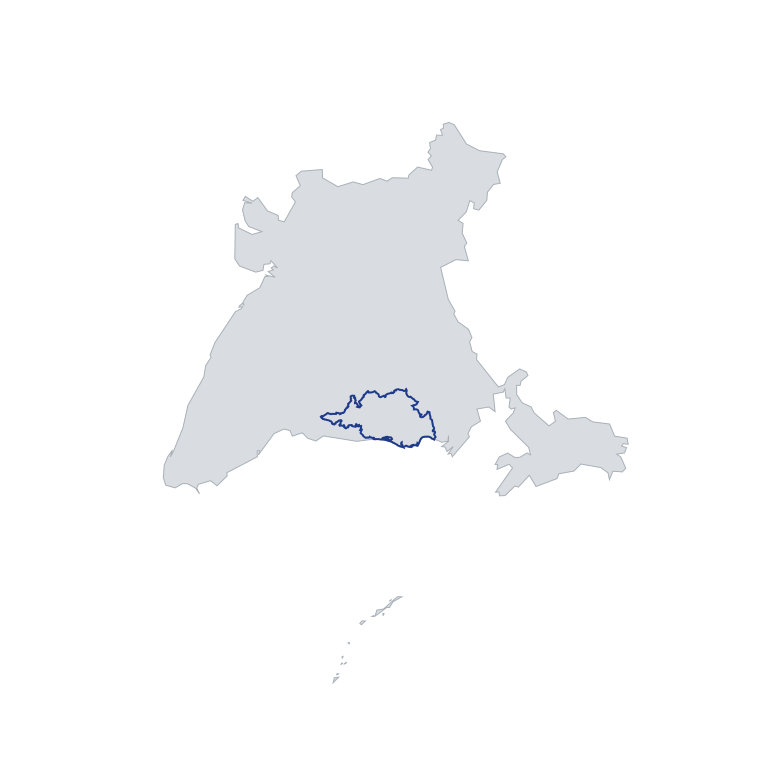 where Odisha sits in India, rotated 45°
{"feature_id": "IND-2444", "entity_name": "Odisha", "entity_type": "State", "adm_level": 1, "iso_a3": "IND", "parent_name": "India", "parent_adm1": "", "projection": "mercator", "projection_center": [83.889, 20.172], "detail": "fine", "context": "in_parent", "style": "outline", "palette": "blue", "viewbox_px": 768, "rotation_deg": 45, "n_neighbors": 0, "source": "natural_earth", "source_scale": "10m", "svg_char_len": 9790}
<svg xmlns="http://www.w3.org/2000/svg" viewBox="0 0 768 768"><g transform="rotate(45 384 384)"><path d="M153.3,349.4L162.1,347.5L163.0,341.4L179.2,344.0L190.0,339.7L193.6,342.8L198.8,339.9L192.6,317.8L186.5,317.1L183.9,313.6L184.6,303.0L174.5,298.9L175.0,292.1L188.7,276.0L194.9,281.7L211.9,277.1L219.3,262.9L228.2,257.9L235.8,241.5L242.6,238.6L244.0,232.3L255.6,221.3L253.8,218.5L254.4,206.8L266.5,199.3L265.1,196.4L256.4,194.1L256.1,189.2L251.2,189.0L250.4,184.8L245.6,181.0L248.0,175.0L245.2,170.9L249.5,166.7L244.1,164.2L245.1,161.1L242.3,158.4L245.0,153.1L250.3,151.0L272.6,156.0L286.6,151.5L305.7,136.8L309.5,137.2L309.0,141.6L314.0,154.0L324.2,159.9L320.4,165.4L321.5,175.2L326.8,181.4L328.1,194.0L323.4,196.7L319.9,192.2L315.0,193.6L320.5,204.2L320.6,215.9L326.4,214.5L332.5,222.0L342.9,225.8L343.5,229.9L356.5,237.3L346.9,245.2L341.6,261.5L369.8,278.8L382.8,282.3L383.7,285.1L392.5,287.7L405.2,285.6L413.4,289.0L414.6,293.6L423.4,298.7L428.6,297.1L432.2,301.3L467.0,305.2L469.6,299.2L466.8,291.9L469.3,277.4L476.2,274.8L479.8,276.3L478.9,285.0L481.2,288.7L478.7,291.2L485.2,297.6L495.0,299.6L504.2,296.2L510.4,298.3L530.3,296.9L531.6,289.1L523.9,284.4L524.5,280.8L539.0,278.6L550.1,265.1L558.2,263.3L571.8,252.8L583.9,257.8L594.2,250.4L599.2,253.9L595.5,257.0L595.8,259.9L600.5,257.5L602.8,262.7L598.1,269.1L603.1,268.2L614.5,272.6L614.7,277.6L607.5,283.9L611.0,292.2L605.2,288.4L596.6,289.7L579.8,301.4L579.9,311.2L571.1,323.9L573.2,328.6L564.0,349.0L551.3,345.8L551.9,361.9L548.7,363.6L548.5,377.3L544.7,381.4L541.7,379.0L539.4,381.6L534.2,352.4L529.2,352.3L524.3,364.5L521.4,360.7L519.5,362.3L517.1,354.1L520.3,345.3L528.4,343.5L531.9,339.8L533.9,331.6L537.7,330.5L531.1,326.5L505.6,326.7L496.1,324.4L495.9,313.0L493.5,308.2L491.6,311.9L488.7,311.9L483.2,304.7L480.2,307.5L472.9,302.0L474.0,305.5L468.4,313.9L482.1,325.0L474.3,326.2L467.4,336.0L478.5,342.1L476.0,352.5L478.5,359.8L481.7,360.9L483.7,387.2L480.6,385.6L478.8,388.3L477.2,379.2L476.3,387.1L471.6,385.4L469.0,387.5L470.2,378.9L466.1,374.9L469.6,379.2L466.2,384.2L452.8,389.8L449.0,394.2L450.8,403.3L447.3,409.9L441.4,415.0L439.3,414.3L438.8,416.9L428.7,420.3L427.6,417.0L423.5,419.2L422.5,422.0L426.6,421.4L416.0,429.8L405.4,443.7L377.8,463.6L376.2,472.5L368.4,476.3L360.8,476.2L356.0,485.7L350.7,483.4L345.1,486.5L341.3,496.9L345.3,522.8L343.0,519.1L341.5,520.9L345.9,524.9L335.6,558.0L338.1,559.9L337.9,574.0L329.7,575.0L323.7,586.1L325.0,589.9L331.2,592.1L324.4,590.9L315.5,593.5L311.9,597.0L309.8,605.1L301.2,609.9L294.1,606.2L286.0,596.8L282.4,588.0L281.1,580.3L284.5,586.6L282.7,580.4L272.8,557.2L260.5,537.8L251.6,506.4L244.8,496.9L242.9,487.3L240.5,486.5L235.1,474.1L227.8,437.9L229.8,431.6L229.3,429.4L227.1,432.3L226.6,430.6L226.8,426.9L229.6,427.3L226.4,425.9L224.5,418.0L228.1,403.8L223.8,392.0L225.6,390.3L223.6,390.4L231.5,385.5L222.5,386.4L225.0,381.7L222.2,381.7L222.7,378.5L226.7,377.3L216.8,376.7L218.3,379.7L214.5,384.3L218.0,389.2L214.2,395.6L198.5,402.7L190.0,401.0L166.0,376.3L167.3,373.8L170.9,376.4L185.1,371.5L190.0,362.6L177.0,368.3L170.2,366.7L160.8,360.9L157.3,354.3L162.9,349.4L154.4,353.9L153.3,349.4ZM541.8,554.4L538.8,549.0L542.8,543.3L543.9,524.9L547.1,521.9L544.3,531.7L546.0,538.2L544.0,539.9L541.8,554.4ZM559.2,623.4L559.3,631.2L556.6,626.9L559.2,623.4ZM538.3,570.2L536.2,570.4L535.9,567.1L538.4,564.7L538.3,570.2ZM552.1,610.9L551.9,613.2L551.4,611.1L552.1,610.9ZM554.6,607.8L553.7,610.8L554.0,607.6L554.6,607.8ZM557.1,620.6L556.2,623.0L555.6,622.1L557.1,620.6ZM543.1,592.4L541.7,592.6L542.4,591.3L543.1,592.4ZM541.2,555.6L539.8,556.8L540.5,554.9L541.2,555.6ZM546.4,546.3L547.1,548.6L545.4,546.9L546.4,546.3ZM548.4,607.2L547.2,606.8L547.7,605.6L548.4,607.2ZM541.9,531.6L541.2,534.0L541.6,531.4L541.9,531.6Z" fill="#d9dde1" stroke="#a8b0b8" stroke-width="1"/><path d="M458.8,387.8L456.6,388.7L455.9,388.9L455.3,388.7L454.4,388.9L453.0,389.6L452.2,390.2L449.9,392.7L449.1,393.9L448.7,395.3L448.8,396.9L450.7,401.5L450.5,402.0L449.9,401.9L449.3,402.0L449.5,402.3L449.8,402.4L451.0,402.5L451.2,402.9L451.2,403.2L451.1,403.3L450.6,403.1L450.3,403.4L451.0,403.6L451.2,403.8L451.9,403.4L451.3,404.1L450.9,404.4L450.0,404.7L447.3,406.9L446.9,407.9L446.8,408.9L447.6,408.4L447.9,408.6L448.0,407.8L448.2,408.2L447.6,409.4L446.4,410.2L446.5,410.4L447.4,409.9L445.3,411.2L443.5,411.8L443.2,412.1L442.8,413.6L441.6,414.8L441.8,415.1L442.2,415.2L441.7,415.4L440.9,415.0L439.8,414.0L438.7,414.0L438.1,413.4L438.0,412.9L437.8,412.7L437.7,413.1L438.1,413.9L439.1,414.6L440.0,414.7L440.4,415.4L441.3,415.7L439.7,416.7L436.8,417.8L436.3,417.6L435.9,417.8L433.0,418.6L432.1,419.1L431.2,419.1L429.5,419.9L429.7,419.7L429.3,419.7L428.3,420.4L426.8,420.8L426.7,420.4L426.4,420.3L426.3,420.1L427.8,419.5L427.7,420.0L428.7,419.4L428.5,419.2L428.6,417.2L427.1,416.8L426.6,416.9L424.6,418.6L423.8,418.9L423.1,419.6L422.8,420.1L422.9,420.5L422.6,420.7L422.4,421.3L421.8,421.9L421.8,422.2L422.0,422.5L421.5,422.7L421.2,423.1L421.3,423.4L421.6,423.2L421.6,423.4L421.6,423.9L422.0,423.6L422.8,423.3L422.7,422.6L423.0,422.8L423.3,422.6L422.6,422.3L422.6,422.2L423.0,422.2L423.5,421.7L423.3,421.3L423.5,420.9L424.5,421.2L425.1,420.6L425.7,420.6L425.8,420.4L426.0,420.7L426.0,421.1L425.7,421.3L425.6,421.6L424.9,421.9L424.8,421.6L424.6,421.5L424.5,422.0L424.2,421.9L424.4,422.1L424.4,422.3L424.8,422.3L428.7,420.4L424.9,422.3L422.4,424.0L420.7,425.7L419.5,426.5L417.6,428.3L416.3,429.9L416.1,430.0L415.8,429.3L414.8,429.2L414.6,429.4L414.6,430.1L414.4,430.4L413.9,430.3L412.7,430.8L412.1,431.4L411.2,431.4L411.3,431.9L411.1,432.3L411.2,432.6L411.1,432.8L410.5,433.5L410.0,433.6L409.3,434.8L408.8,435.1L407.8,435.2L406.3,435.5L404.9,435.0L403.7,435.2L402.2,435.2L401.9,434.9L401.5,434.3L400.6,431.9L400.2,431.8L399.8,431.9L399.7,432.3L399.8,432.8L399.6,433.1L399.1,431.7L398.2,430.7L397.6,429.8L397.4,429.8L397.1,430.6L396.5,431.1L396.2,431.8L395.9,431.8L395.7,431.1L395.3,430.7L395.2,430.9L395.3,431.6L395.1,431.9L395.2,432.2L395.1,432.5L394.7,432.5L393.4,431.9L392.7,432.1L392.7,432.3L393.1,433.1L393.4,433.5L393.9,433.7L394.2,434.1L394.2,434.4L393.2,434.9L392.0,435.9L391.1,436.3L390.3,435.8L390.0,436.0L389.0,437.3L388.4,437.9L388.3,438.8L388.7,439.6L389.2,439.6L389.3,439.9L388.5,440.9L388.4,441.1L388.6,441.7L388.6,442.1L388.4,442.3L387.9,442.3L387.2,442.7L386.4,442.7L386.2,442.6L386.2,442.0L386.0,441.8L385.0,441.4L384.7,441.5L384.6,442.5L384.3,442.9L382.7,443.8L382.4,444.6L382.2,444.8L381.5,444.6L381.3,444.4L381.3,443.9L381.6,443.2L381.4,442.8L380.5,442.0L380.2,441.6L380.1,440.1L379.1,440.0L378.6,440.8L378.0,441.6L377.9,442.5L377.7,443.2L377.8,443.8L377.1,445.2L377.1,445.5L377.7,446.0L377.8,446.3L377.4,446.8L377.5,447.5L377.4,447.9L376.5,447.9L375.9,448.7L375.0,448.6L374.2,448.0L373.6,447.8L372.8,447.9L372.1,448.4L370.9,448.6L369.4,449.6L368.0,450.3L367.5,450.9L366.7,451.1L365.5,452.0L364.4,451.5L363.9,452.1L362.5,451.8L362.6,450.6L362.8,450.5L363.1,450.7L363.3,450.6L363.5,449.9L363.8,449.3L364.0,447.8L364.3,447.2L364.6,445.9L364.4,445.3L364.9,444.2L366.5,443.7L367.0,443.1L367.9,442.8L368.8,441.3L369.7,440.7L370.4,439.8L371.3,439.2L371.2,438.7L370.7,438.4L370.6,438.0L371.2,437.8L372.0,436.9L373.2,436.6L373.7,435.8L374.3,436.2L374.6,435.4L374.8,434.0L375.1,433.6L375.6,433.4L375.7,433.0L375.7,431.7L375.3,431.0L375.2,430.4L374.7,429.9L374.8,429.2L374.4,428.2L374.5,427.6L374.9,426.6L374.3,426.0L374.8,425.5L374.8,425.1L374.5,424.8L373.8,424.6L373.4,423.7L372.7,423.5L372.6,423.3L372.8,421.2L372.6,420.3L372.7,419.1L372.5,418.8L371.5,418.6L371.0,417.7L369.5,416.8L369.2,416.2L369.3,415.7L370.0,414.4L370.5,414.1L371.3,413.4L372.3,414.4L372.5,415.0L372.9,414.9L373.2,414.2L373.4,414.2L374.5,415.1L374.7,415.5L375.4,415.5L375.6,415.6L376.7,417.9L377.0,418.1L377.5,417.3L377.8,417.1L379.7,417.3L380.5,417.7L381.3,417.8L381.2,419.1L381.5,419.0L383.3,417.8L383.4,417.6L383.0,416.9L383.2,415.7L383.1,415.1L382.5,415.1L381.8,415.4L381.1,414.8L380.0,414.8L378.7,414.0L378.7,413.6L379.0,412.2L378.9,410.2L378.6,409.6L378.8,407.5L378.7,407.4L378.5,407.5L378.3,407.4L378.2,406.7L377.8,406.7L377.5,406.0L377.9,403.9L377.6,402.5L377.6,400.5L377.8,400.3L378.4,400.4L378.5,400.5L378.5,400.9L378.7,401.1L379.5,400.7L380.3,399.6L381.0,399.0L381.7,397.9L382.1,396.9L382.3,396.5L382.3,395.9L382.5,395.7L384.0,395.5L384.6,395.8L385.1,395.6L387.4,395.2L388.6,395.9L389.1,396.3L390.2,396.2L390.7,395.9L391.1,395.3L391.5,394.0L392.0,393.3L392.1,392.6L392.4,392.2L392.7,392.2L393.7,392.5L394.0,392.5L394.1,392.2L394.0,391.7L393.2,390.7L393.1,389.8L393.5,388.5L395.2,385.6L395.3,384.7L395.6,384.5L396.0,384.7L396.2,384.2L396.8,384.1L396.9,383.8L396.8,383.4L397.0,382.6L396.2,382.0L396.1,381.7L396.2,380.8L397.0,380.3L397.0,380.0L396.6,379.5L396.6,379.3L397.8,377.6L399.4,376.9L401.3,375.3L402.7,375.0L403.1,374.8L403.6,374.1L403.7,373.7L403.6,373.0L403.3,372.3L403.3,372.0L403.9,372.2L404.8,372.7L406.1,374.7L406.6,375.0L407.4,375.2L408.7,375.7L410.4,375.6L411.6,374.9L411.8,374.2L415.4,374.0L415.9,373.6L416.4,373.6L418.1,374.0L418.7,373.7L419.4,373.5L420.6,372.7L421.2,374.5L421.2,375.6L421.1,376.3L420.2,377.6L419.4,379.4L420.4,379.2L421.1,379.3L422.6,380.2L423.1,380.8L424.7,379.1L426.1,378.5L426.7,378.5L428.3,379.4L430.3,380.0L431.4,379.5L432.1,379.1L432.3,379.4L431.9,380.0L431.9,380.9L432.0,381.1L432.8,381.5L433.5,381.3L434.1,380.9L435.0,379.5L435.0,379.0L435.2,378.1L434.9,377.1L434.9,376.8L435.3,376.1L435.3,375.5L435.1,374.2L434.5,373.3L434.4,372.7L435.4,372.4L435.7,371.9L436.2,371.8L437.0,372.7L440.0,374.3L441.2,375.6L441.8,375.8L443.3,375.5L444.9,376.6L445.6,377.2L446.3,377.5L446.6,378.0L447.5,378.4L448.6,379.2L449.5,379.3L450.8,379.9L451.2,380.5L451.3,381.2L451.2,382.0L451.7,382.8L452.2,382.8L452.3,382.5L452.7,382.2L453.1,381.7L454.2,382.0L454.5,382.3L454.8,383.6L455.2,384.3L457.7,384.9L457.9,385.1L458.1,385.3L458.0,386.6L458.8,387.8Z" fill="none" stroke="#1e3a8a" stroke-width="2"/></g></svg>